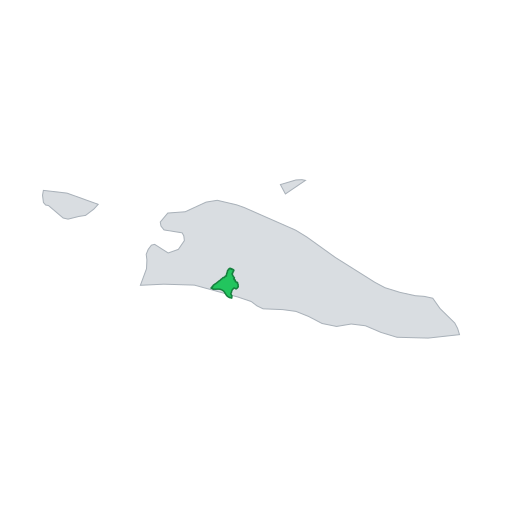 location of Hatu-Udo, Ainaro, East Timor, rotated 35°
{"feature_id": "22284137B3809405900530", "entity_name": "Hatu-Udo", "entity_type": "district", "adm_level": 2, "iso_a3": "TLS", "parent_name": "East Timor", "parent_adm1": "Ainaro", "projection": "orthographic", "projection_center": [125.605, -9.116], "detail": "fine", "context": "in_parent", "style": "filled", "palette": "green", "viewbox_px": 512, "rotation_deg": 35, "n_neighbors": 0, "source": "geoboundaries", "source_scale": "gbopen_adm2", "svg_char_len": 4829}
<svg xmlns="http://www.w3.org/2000/svg" viewBox="0 0 512 512"><g transform="rotate(35 256 256)"><path d="M178.1,346.3L173.6,329.2L168.9,321.8L165.1,317.6L163.9,312.4L164.1,307.1L166.3,304.6L182.3,303.9L188.6,295.1L188.5,284.5L185.3,280.9L182.2,279.4L165.7,287.4L161.0,286.0L158.1,283.1L159.1,271.4L172.6,260.4L184.2,240.5L192.3,232.6L211.1,225.1L218.8,223.0L273.7,212.1L286.8,211.3L321.7,211.7L368.3,209.4L379.8,208.0L394.8,203.2L409.2,197.2L416.9,192.6L425.0,189.2L436.9,193.5L457.3,196.9L462.7,199.7L467.8,203.7L444.1,224.5L418.1,241.7L402.2,246.9L385.6,250.4L373.0,257.1L362.4,267.5L348.8,273.4L333.5,275.4L320.4,278.5L308.6,284.6L292.1,295.2L285.4,296.3L278.3,296.0L264.7,300.0L222.2,315.2L196.6,332.0L178.1,346.3ZM44.2,324.2L65.1,312.9L97.1,304.2L96.3,310.5L93.1,320.5L88.2,325.2L80.9,333.6L76.2,335.5L57.0,333.7L54.5,334.9L51.2,334.1L46.3,328.7L44.2,324.2ZM253.1,165.7L244.5,188.3L235.0,183.5L245.1,170.8L249.9,167.1L253.1,165.7Z" fill="#d9dde1" stroke="#a8b0b8" stroke-width="1"/><path d="M239.4,300.2L239.2,300.6L239.1,300.9L238.8,302.0L238.4,302.6L238.3,303.0L238.3,303.3L238.2,303.5L238.0,303.8L237.9,304.0L237.8,304.4L237.8,304.8L238.0,305.4L238.0,305.8L237.8,305.9L237.8,306.0L237.7,306.1L237.8,306.4L237.8,306.5L237.7,306.7L237.7,306.8L237.8,307.0L238.0,307.0L237.9,307.3L238.0,307.4L238.0,307.5L237.9,307.7L237.8,307.8L237.7,307.8L237.6,308.0L237.8,308.1L238.0,308.0L238.2,307.9L238.3,307.9L238.6,307.8L238.8,307.7L239.0,307.7L239.5,307.7L239.9,307.7L239.9,307.8L240.0,307.8L240.2,307.6L240.5,307.3L241.0,307.0L241.2,306.9L241.6,306.6L241.8,306.5L242.1,306.2L242.4,306.0L242.8,305.7L243.1,305.4L243.3,305.3L243.5,305.2L244.1,304.8L244.7,304.3L245.0,304.2L245.5,303.9L245.8,303.8L246.1,303.7L246.4,303.6L246.5,303.6L247.4,303.4L248.1,303.3L248.5,303.3L248.8,303.3L249.1,303.3L249.7,303.3L250.3,303.5L250.7,303.6L251.0,303.7L251.5,303.9L252.0,304.2L252.2,304.3L252.4,304.4L253.3,304.7L253.7,304.9L254.1,305.0L254.3,305.1L254.5,305.2L254.7,305.3L255.1,305.3L255.5,305.3L255.8,305.4L256.1,305.4L256.3,305.4L256.5,305.4L257.0,305.4L257.3,305.3L257.7,305.3L257.9,305.3L258.3,305.2L258.6,305.0L258.9,304.8L259.1,304.7L259.5,304.7L259.9,304.6L260.1,304.5L260.2,304.4L259.7,303.3L259.6,303.1L259.1,302.5L259.0,302.4L258.9,302.3L257.9,301.9L257.4,301.7L257.2,301.6L257.0,301.4L256.9,301.2L256.9,300.9L256.9,300.7L256.8,300.0L256.6,299.5L256.2,298.7L256.1,298.1L255.9,297.1L255.9,296.6L256.0,296.4L256.2,296.0L256.3,295.9L256.3,295.7L256.2,295.2L256.3,295.0L256.4,294.9L256.5,294.8L256.5,294.7L256.9,294.6L257.0,294.5L257.3,294.5L257.6,294.5L258.2,294.5L258.5,294.4L258.7,294.2L259.0,293.2L259.1,292.5L259.0,292.4L259.0,292.0L259.1,291.8L259.0,291.7L259.0,291.4L259.0,291.2L258.9,291.1L258.6,291.0L258.4,290.9L258.3,290.7L258.2,290.4L258.2,290.2L258.0,289.9L257.6,289.6L257.3,289.4L257.2,289.4L256.9,289.3L256.7,289.3L256.7,289.2L256.6,288.9L256.5,288.7L256.4,288.6L256.2,288.4L255.8,288.3L255.7,288.3L255.3,288.5L255.1,288.6L254.9,288.7L254.6,288.6L254.4,288.6L254.1,288.8L253.9,288.8L253.9,288.7L253.7,288.5L253.5,288.4L253.1,288.1L253.0,287.9L252.9,287.8L252.9,287.7L252.7,287.7L252.0,287.9L251.8,287.9L251.7,287.9L251.5,287.7L251.6,287.4L251.4,287.3L251.2,287.4L251.0,287.5L250.9,287.5L250.8,287.4L250.9,287.1L250.9,286.9L250.9,286.6L250.8,286.3L250.7,286.3L250.6,286.2L250.0,286.1L249.4,285.8L249.2,285.6L248.7,285.5L248.4,285.6L248.2,285.5L247.8,285.1L247.3,284.7L247.2,284.7L246.9,284.5L246.7,284.5L246.6,284.3L246.6,284.1L246.5,283.9L246.6,283.7L246.7,283.4L246.6,283.2L246.6,282.8L246.4,282.7L246.3,282.3L246.2,282.2L246.2,281.9L246.2,281.6L246.1,281.4L246.2,281.2L246.3,281.1L246.3,280.9L246.0,280.8L246.0,280.7L245.9,280.7L245.6,280.5L245.5,280.4L245.5,280.2L245.4,280.2L245.0,280.3L244.8,280.3L244.6,280.2L244.4,280.2L244.1,280.3L243.8,280.7L243.7,280.8L243.6,280.7L243.4,280.5L243.2,280.5L242.9,280.7L242.9,280.8L242.7,280.7L242.6,280.8L242.3,280.8L242.2,280.8L242.1,281.0L241.8,281.0L241.7,281.0L241.5,281.4L241.4,281.5L241.3,281.8L241.3,282.0L241.1,282.6L241.3,282.8L241.5,283.0L241.4,283.3L241.1,283.7L241.1,283.8L241.1,284.2L241.1,284.4L241.2,284.7L241.3,284.8L241.5,285.1L241.5,285.3L241.7,285.7L241.7,285.8L241.8,285.8L242.0,286.0L242.1,286.5L242.1,286.8L242.0,287.1L242.1,287.3L242.2,287.5L242.3,287.6L242.5,288.0L242.5,288.3L242.6,288.5L242.7,288.9L242.8,289.0L243.0,289.0L243.2,289.3L243.1,289.5L242.9,289.6L242.7,289.8L242.5,290.0L242.4,290.1L242.4,290.4L242.4,291.0L242.4,291.3L242.5,291.5L242.4,291.8L242.2,292.0L241.8,292.1L241.7,292.2L241.6,292.3L241.3,293.0L241.3,293.5L241.2,293.8L241.2,294.0L241.1,294.3L241.0,294.5L240.9,294.7L240.9,294.8L240.9,295.1L240.8,295.3L240.7,295.3L240.6,296.1L240.6,296.4L240.5,296.7L240.4,296.9L240.3,297.0L240.1,297.5L239.9,298.0L239.8,298.4L239.8,298.6L239.5,299.5L239.4,299.7L239.4,299.8L239.4,300.2Z" fill="#22c55e" stroke="#15803d" stroke-width="1.5"/></g></svg>